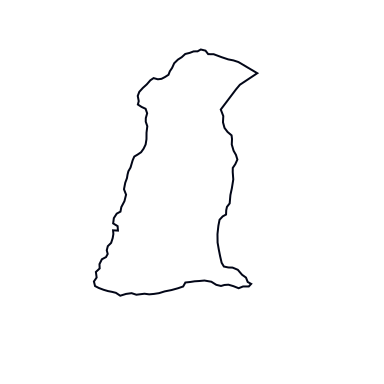 the district of Mampituba, Rio Grande do Sul, Brazil, rotated 308°
{"feature_id": "56859067B96169030602258", "entity_name": "Mampituba", "entity_type": "district", "adm_level": 2, "iso_a3": "BRA", "parent_name": "Brazil", "parent_adm1": "Rio Grande do Sul", "projection": "robinson", "projection_center": [-50.01, -29.274], "detail": "fine", "context": "isolated", "style": "outline", "palette": "ink", "viewbox_px": 384, "rotation_deg": 308, "n_neighbors": 0, "source": "geoboundaries", "source_scale": "gbopen_adm2", "svg_char_len": 1889}
<svg xmlns="http://www.w3.org/2000/svg" viewBox="0 0 384 384"><g transform="rotate(308 192 192)"><path d="M152.5,294.9L156.0,295.2L155.4,291.3L157.8,287.2L157.6,282.4L158.9,276.0L157.4,270.5L154.9,267.1L152.9,263.0L154.5,258.9L158.7,253.7L163.1,248.6L167.9,243.3L174.5,238.0L181.6,233.6L187.1,230.8L191.7,231.2L195.2,232.7L198.7,230.2L201.8,228.7L206.2,228.7L213.3,224.1L219.5,221.1L227.3,216.8L232.8,211.8L236.1,209.3L240.5,209.0L245.5,207.8L248.3,203.8L250.1,199.4L253.9,194.1L258.4,190.9L261.0,188.3L261.2,183.1L262.5,178.2L266.0,173.5L271.1,169.9L274.7,163.9L299.9,163.5L306.0,163.7L325.8,170.3L323.0,148.6L321.2,143.6L318.8,138.9L316.5,132.4L313.9,124.2L310.6,119.9L311.7,115.6L309.7,111.2L306.3,109.8L303.8,106.7L300.3,104.6L296.6,101.7L291.9,100.9L287.7,99.4L282.5,98.7L277.6,99.9L273.5,100.2L269.9,101.3L265.9,99.9L262.4,98.3L259.8,95.7L258.1,91.6L254.4,90.4L248.9,90.1L243.8,89.2L238.5,88.8L234.3,90.1L230.8,94.1L227.6,95.5L228.0,99.9L229.0,104.2L226.4,108.2L221.8,110.1L218.9,112.3L216.3,116.3L210.8,119.6L205.6,123.6L200.9,126.2L196.3,127.2L192.0,127.4L188.0,126.1L184.4,124.7L180.5,125.7L176.7,127.2L173.4,128.5L169.2,129.1L166.0,130.5L162.9,132.2L158.2,133.7L152.3,136.7L149.3,141.7L143.2,144.4L136.6,145.6L132.5,147.7L128.6,146.0L123.3,146.5L118.7,149.2L119.3,154.4L116.0,157.4L113.2,153.4L110.5,155.9L106.8,157.9L102.1,159.6L97.5,159.0L93.6,160.7L91.3,163.7L87.8,164.3L83.5,162.4L78.2,163.5L74.9,166.3L69.8,165.5L65.9,169.5L61.1,169.8L58.2,173.5L59.0,177.7L60.5,182.5L62.2,186.8L64.0,190.3L65.7,194.1L66.1,199.3L71.1,202.8L75.1,206.7L76.8,211.4L80.0,214.6L82.6,217.2L85.0,221.3L88.3,224.8L92.0,228.3L96.9,231.7L102.1,236.2L107.5,240.2L112.1,243.2L116.6,242.5L120.1,246.1L123.3,249.1L126.4,252.6L129.9,256.3L133.2,262.5L133.8,268.3L135.8,272.7L138.7,274.8L141.4,277.8L143.3,282.6L144.9,288.0L149.0,290.4L152.5,294.9Z" fill="none" stroke="#020617" stroke-width="2"/></g></svg>